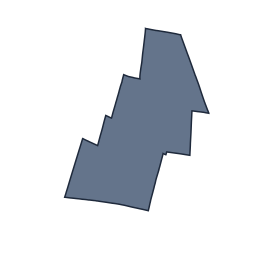 outline of Ghergheasa, Buzau, Romania, rotated 66°
{"feature_id": "2599482B37895514994023", "entity_name": "Ghergheasa", "entity_type": "district", "adm_level": 2, "iso_a3": "ROU", "parent_name": "Romania", "parent_adm1": "Buzau", "projection": "robinson", "projection_center": [27.182, 45.278], "detail": "fine", "context": "isolated", "style": "filled", "palette": "slate", "viewbox_px": 256, "rotation_deg": 66, "n_neighbors": 0, "source": "geoboundaries", "source_scale": "gbopen_adm2", "svg_char_len": 2848}
<svg xmlns="http://www.w3.org/2000/svg" viewBox="0 0 256 256"><g transform="rotate(66 128 128)"><path d="M119.3,173.8L120.0,174.4L122.9,176.9L135.1,187.6L148.8,199.5L151.8,202.1L158.1,207.5L158.8,208.1L161.6,210.6L162.5,211.3L164.6,213.2L165.5,214.0L165.7,213.6L166.8,211.8L167.3,211.0L168.5,209.0L169.5,207.2L171.5,203.8L172.8,201.5L173.4,200.5L174.6,198.6L175.0,197.8L176.3,195.5L177.7,193.3L178.0,192.8L178.0,192.6L178.8,191.3L179.4,190.3L180.3,188.8L181.0,187.5L182.0,186.1L182.4,185.3L183.5,183.7L184.1,182.7L186.8,178.4L188.6,175.6L190.6,172.5L191.0,171.8L191.9,170.3L194.2,166.8L195.1,165.6L196.9,163.0L198.1,161.4L201.5,157.0L203.4,154.4L204.7,152.6L206.5,150.2L208.2,147.8L211.8,143.1L210.6,142.2L208.8,140.8L205.9,138.7L204.8,137.8L203.1,136.6L200.6,134.6L197.8,132.3L195.3,130.3L193.2,128.6L191.7,127.5L190.5,126.5L189.3,125.5L186.7,123.6L185.9,122.9L184.8,122.0L184.0,121.3L178.8,116.8L178.7,116.9L177.9,116.2L177.2,115.6L176.4,114.9L169.4,109.3L167.8,108.0L166.5,107.0L165.8,106.4L165.6,106.3L166.9,105.2L167.5,104.6L167.7,104.4L167.8,104.3L167.7,104.2L167.3,103.8L165.7,102.5L165.6,102.3L165.9,101.9L169.2,96.6L172.9,90.6L174.2,88.6L175.0,87.4L178.1,82.6L176.3,81.7L169.6,78.3L167.3,77.2L158.1,72.5L147.6,67.3L143.1,65.0L142.1,64.5L140.7,63.8L139.3,63.1L138.4,62.6L139.0,61.5L139.5,60.7L140.9,58.4L141.3,57.8L142.2,56.2L143.4,54.2L143.8,53.6L144.1,53.0L145.2,51.4L145.6,50.9L146.4,49.7L146.9,48.9L147.1,48.6L147.4,48.2L147.1,48.1L146.9,48.1L146.1,48.1L145.1,48.0L143.8,48.0L143.4,48.0L142.4,47.9L142.1,47.9L141.8,47.9L140.1,47.8L139.1,47.7L137.5,47.7L136.9,47.6L134.7,47.5L134.0,47.4L132.5,47.3L125.0,46.6L119.4,46.0L115.9,45.7L111.1,45.4L108.5,45.2L108.3,45.2L107.6,45.2L106.8,45.2L106.0,45.1L95.9,44.3L87.7,43.7L84.0,43.5L79.9,43.2L66.9,42.3L64.2,42.0L63.8,42.8L61.2,46.2L61.0,46.5L56.7,52.8L51.6,60.6L50.7,62.0L50.5,62.4L50.0,63.3L49.9,63.3L49.8,63.5L49.3,64.2L45.9,69.1L45.7,69.3L45.3,69.9L44.8,70.7L44.3,71.4L44.2,71.5L44.5,71.6L44.8,71.8L46.4,72.7L47.2,73.1L51.3,75.5L61.2,81.4L66.1,84.4L69.8,86.5L73.5,88.6L78.4,91.8L82.6,94.4L85.2,95.9L87.3,96.9L88.0,97.1L84.9,101.7L83.8,103.0L83.1,104.0L81.2,106.6L79.4,108.4L78.0,109.8L77.5,110.2L77.6,110.3L78.2,110.8L78.8,111.2L79.1,111.5L79.4,111.7L79.6,111.9L79.8,112.1L80.0,112.2L80.2,112.3L80.3,112.5L81.0,113.0L81.6,113.5L82.0,113.8L82.3,114.0L83.1,114.6L83.5,114.8L83.7,115.0L83.8,115.1L84.0,115.3L84.5,115.8L85.2,116.4L85.8,117.0L86.8,117.9L87.4,118.4L90.2,120.7L91.6,121.8L92.2,122.3L92.4,122.5L93.2,123.1L95.0,124.7L98.4,127.5L100.1,129.0L100.9,129.6L102.9,131.3L104.3,132.5L108.2,135.8L109.6,136.9L112.1,138.9L112.2,139.0L111.8,139.5L111.0,140.2L109.9,141.1L107.5,143.2L112.5,147.3L117.7,151.4L119.8,153.1L123.7,156.4L129.4,161.0L131.7,162.9L126.9,167.1L125.9,168.0L124.9,168.9L120.2,172.9L119.2,173.6L119.3,173.8Z" fill="#64748b" stroke="#1e293b" stroke-width="1.5"/></g></svg>